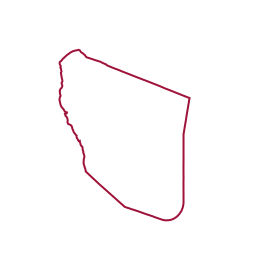 the district of Rarieda, Nyanza, Kenya, rotated 310°
{"feature_id": "3690345B79902810586974", "entity_name": "Rarieda", "entity_type": "district", "adm_level": 2, "iso_a3": "KEN", "parent_name": "Kenya", "parent_adm1": "Nyanza", "projection": "albers", "projection_center": [34.335, -0.244], "detail": "fine", "context": "isolated", "style": "outline", "palette": "rose", "viewbox_px": 256, "rotation_deg": 310, "n_neighbors": 0, "source": "geoboundaries", "source_scale": "gbopen_adm2", "svg_char_len": 2972}
<svg xmlns="http://www.w3.org/2000/svg" viewBox="0 0 256 256"><g transform="rotate(310 128 128)"><path d="M65.5,176.3L65.9,177.2L66.1,177.8L66.5,178.9L67.0,180.0L67.4,180.9L67.7,181.8L68.1,182.9L68.6,184.1L69.2,185.4L69.4,186.1L69.6,186.5L70.8,189.5L73.6,197.1L75.1,200.8L76.3,203.9L77.2,206.6L79.7,213.1L80.5,214.6L81.2,215.9L82.2,217.1L82.6,217.5L83.0,217.9L83.8,218.7L85.0,219.7L86.4,220.6L87.9,221.3L89.2,221.8L90.3,222.1L91.5,222.4L91.9,222.4L92.8,222.6L94.8,222.6L96.5,222.5L98.2,222.3L98.7,222.2L99.2,222.1L100.3,221.7L100.9,221.5L101.6,221.3L103.1,220.7L104.5,219.8L105.5,219.3L106.3,218.7L110.6,215.1L113.2,212.9L121.7,205.7L125.9,202.3L129.0,199.6L135.3,194.3L140.9,189.7L144.3,186.8L146.1,185.3L159.0,174.5L171.9,166.9L175.5,164.7L190.5,155.9L189.1,151.8L183.6,135.1L182.2,131.1L180.8,126.4L179.6,122.6L178.0,118.0L176.1,112.2L175.0,109.2L169.4,92.6L167.4,86.7L166.8,84.6L165.8,81.7L164.7,78.7L164.1,76.9L164.0,76.4L163.8,75.9L162.6,72.0L162.5,71.5L162.6,70.8L162.6,70.1L162.3,69.5L162.1,68.9L162.0,68.2L161.8,67.5L161.6,67.0L161.5,66.5L161.3,65.9L161.2,65.1L161.1,64.5L160.9,63.9L160.6,63.3L160.4,62.8L160.1,62.2L155.5,50.6L155.6,50.2L155.6,49.7L155.8,49.3L156.0,48.9L156.1,48.4L156.2,47.9L156.1,47.3L156.1,46.6L156.2,46.1L156.2,45.6L156.1,45.2L156.1,44.8L156.0,44.3L156.0,43.9L155.9,43.3L156.0,42.7L156.4,41.6L156.5,41.2L156.3,40.6L156.2,40.0L154.6,38.8L153.1,37.6L151.3,36.4L149.1,35.5L147.1,35.0L144.9,34.4L142.9,34.1L141.0,33.9L139.5,33.7L138.7,33.6L137.0,33.7L136.2,33.7L135.3,33.4L134.8,33.4L134.4,33.5L133.3,34.3L132.6,35.5L132.5,36.0L132.3,36.5L131.7,37.1L131.2,37.2L130.8,37.3L130.5,38.4L129.6,39.3L129.2,39.9L128.5,40.8L127.1,41.1L126.0,42.4L125.2,43.5L124.6,44.2L123.9,44.8L123.2,45.9L122.7,46.6L122.0,47.4L121.5,47.8L119.7,48.2L119.1,49.1L118.9,49.5L118.7,49.9L117.8,50.8L116.3,51.3L115.9,51.3L114.8,51.2L114.4,51.2L113.9,51.4L112.5,51.8L111.8,52.8L110.8,53.5L110.1,54.4L109.9,55.1L109.1,55.8L108.7,55.8L108.2,55.9L107.1,56.4L106.5,56.8L105.4,57.5L104.9,58.2L104.3,59.0L103.7,59.8L103.1,60.5L102.4,61.5L101.9,62.4L101.4,63.5L101.2,64.4L101.0,65.9L101.0,66.3L100.8,66.9L100.3,68.1L100.1,69.3L100.1,69.8L100.7,71.2L99.8,71.6L98.4,70.5L97.6,71.7L97.2,72.3L97.2,73.3L97.0,73.9L96.8,74.4L96.3,75.5L95.5,76.4L95.1,76.9L93.6,77.8L92.9,79.0L92.6,79.7L93.0,80.5L93.3,81.7L93.4,82.1L93.4,82.7L93.2,83.7L92.6,84.7L91.8,85.7L91.6,86.0L91.2,87.0L90.9,87.5L90.6,88.0L90.1,88.8L89.9,89.4L89.6,90.9L89.2,92.4L89.2,93.5L88.2,94.2L87.8,94.7L87.6,95.1L87.2,96.1L87.1,96.5L86.9,97.0L86.5,98.1L86.3,98.6L87.2,99.3L86.3,100.1L85.7,101.3L85.1,101.9L84.7,102.6L84.3,103.7L84.2,105.2L83.4,106.1L82.9,106.6L82.6,106.9L81.9,107.7L81.5,108.6L80.8,109.1L80.4,109.7L80.1,110.1L79.4,111.2L79.1,111.7L78.9,112.0L78.1,112.9L77.3,113.5L76.3,113.9L75.9,114.1L75.3,114.4L74.2,115.3L73.0,116.2L72.1,117.0L71.7,117.6L70.9,118.9L70.5,119.5L70.2,119.9L69.7,120.7L69.4,121.2L68.6,122.4L67.9,123.3L67.5,123.6L66.5,142.0L65.5,176.3Z" fill="none" stroke="#9f1239" stroke-width="2"/></g></svg>